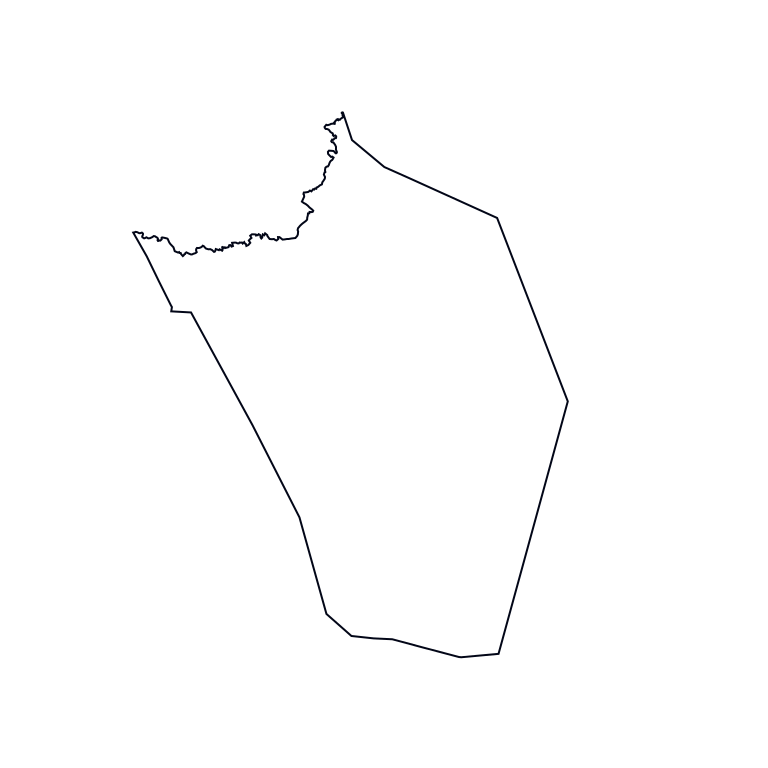 San Miguel Tenango, Oaxaca, Mexico, rotated 139°
{"feature_id": "50627088B60096120896365", "entity_name": "San Miguel Tenango", "entity_type": "district", "adm_level": 2, "iso_a3": "MEX", "parent_name": "Mexico", "parent_adm1": "Oaxaca", "projection": "natural_earth1", "projection_center": [-95.556, 16.228], "detail": "fine", "context": "isolated", "style": "outline", "palette": "ink", "viewbox_px": 768, "rotation_deg": 139, "n_neighbors": 0, "source": "geoboundaries", "source_scale": "gbopen_adm2", "svg_char_len": 3910}
<svg xmlns="http://www.w3.org/2000/svg" viewBox="0 0 768 768"><g transform="rotate(139 384 384)"><path d="M236.9,615.8L237.3,616.4L238.1,616.3L238.3,614.8L238.5,614.3L239.2,613.7L238.9,612.6L240.3,612.2L241.2,612.4L243.1,612.6L244.0,612.4L244.4,613.0L245.4,613.0L245.5,613.5L245.0,613.8L245.0,614.2L246.2,614.6L246.4,614.2L247.9,614.4L250.0,614.0L249.9,613.2L250.6,612.7L251.1,613.3L251.5,613.9L253.4,615.1L254.8,615.4L256.7,616.3L257.5,617.5L259.2,617.2L260.1,617.1L260.6,616.4L260.7,614.8L259.7,613.8L258.9,612.3L258.9,611.0L259.1,609.3L258.3,606.8L258.8,605.8L259.3,605.4L259.3,604.2L257.7,603.6L257.6,602.3L258.1,601.7L259.0,601.1L260.1,601.9L261.3,601.6L262.4,601.7L262.8,602.5L264.5,601.9L264.7,600.8L264.2,600.0L263.7,599.6L264.0,596.5L264.6,594.5L266.5,592.4L266.9,591.3L267.4,589.9L268.5,589.4L269.1,589.8L269.2,590.8L269.1,591.8L269.2,592.9L270.4,594.2L272.4,596.2L274.0,596.0L275.2,594.4L275.2,592.7L275.0,590.0L273.9,589.6L273.5,588.0L274.7,587.5L276.1,587.1L277.7,587.3L278.8,587.1L280.2,586.5L282.1,585.4L283.6,585.0L284.1,585.4L284.9,585.7L286.3,585.7L288.3,584.1L289.2,582.4L289.4,582.4L290.0,582.7L292.0,581.5L292.7,578.9L294.0,577.8L296.8,577.0L298.2,576.7L299.9,575.4L302.1,576.0L304.3,576.0L306.0,576.5L307.0,575.8L307.8,576.8L309.2,576.6L309.6,577.5L312.4,577.0L313.0,578.6L315.0,578.6L316.3,579.3L316.9,579.7L318.0,580.4L318.9,581.1L320.2,580.2L320.3,579.2L321.4,577.7L326.3,575.5L325.8,573.2L325.0,571.2L324.5,568.6L324.4,566.1L323.8,562.9L323.7,561.2L324.8,560.7L325.7,561.1L327.3,562.7L328.4,561.8L328.9,562.2L329.5,562.6L330.9,561.2L332.7,560.0L334.2,558.5L336.1,558.3L338.7,558.5L340.2,558.6L341.8,558.6L343.7,558.5L345.2,558.2L346.6,558.0L348.2,556.9L348.7,555.5L350.9,553.4L352.3,552.7L355.1,552.3L358.3,554.5L360.7,555.9L362.4,557.3L363.8,558.1L365.8,559.5L366.5,563.4L367.6,564.4L368.7,562.8L370.9,562.8L371.5,563.8L372.0,565.7L373.6,566.8L375.2,568.5L375.1,570.0L374.9,572.2L374.4,573.0L374.9,575.7L376.7,574.8L377.3,576.4L379.9,574.4L381.1,574.3L381.0,575.5L379.7,577.5L380.3,579.3L381.7,579.1L382.1,579.9L383.1,580.0L382.8,581.1L384.1,582.4L385.5,583.6L387.7,583.7L388.2,581.2L390.2,581.2L391.9,581.0L392.3,578.3L395.2,577.9L397.3,578.5L396.4,580.3L396.8,581.3L396.4,582.8L398.5,582.7L398.4,584.0L399.4,584.6L400.1,585.5L401.4,585.4L402.4,586.4L402.9,587.7L403.8,588.6L406.0,590.2L407.5,587.2L408.9,587.7L408.8,589.6L409.7,590.3L411.6,589.3L414.7,590.8L414.5,591.6L415.6,591.9L415.8,593.2L416.4,593.4L417.8,591.1L418.7,590.8L419.7,593.5L420.8,593.3L421.5,594.6L422.4,596.2L423.8,595.3L424.8,594.9L425.6,595.2L425.9,598.0L426.7,599.8L428.1,600.8L429.5,603.0L429.6,604.6L429.6,606.3L430.1,607.3L431.2,607.1L432.7,607.3L434.2,607.9L435.1,608.6L435.9,609.4L437.3,609.0L438.4,607.8L438.8,606.4L440.2,606.4L441.0,606.7L442.3,607.3L443.8,607.7L444.7,608.4L445.7,610.4L446.3,611.8L446.8,613.0L448.0,613.1L448.8,612.6L449.7,612.9L450.7,612.5L451.9,612.5L451.9,615.2L451.5,616.2L452.3,617.0L452.1,618.0L453.2,618.3L454.8,621.5L453.2,625.3L453.4,629.8L453.2,631.7L452.6,633.7L452.1,635.2L452.1,635.8L452.5,636.5L454.0,638.6L455.3,640.2L456.1,640.2L456.8,639.1L457.8,639.0L458.8,639.0L459.5,639.9L460.2,639.9L460.7,640.2L460.5,641.2L459.7,641.4L459.2,642.2L459.1,643.1L459.5,644.2L459.9,645.7L460.7,646.7L462.7,646.9L465.0,647.6L466.4,648.6L466.8,649.8L467.1,650.6L468.2,650.8L469.1,651.1L469.5,651.3L469.8,652.4L470.1,653.2L469.6,654.1L468.6,654.5L467.8,655.0L467.3,655.5L467.2,656.2L467.4,657.1L467.9,657.3L468.9,657.7L469.8,658.4L470.1,659.1L470.5,660.2L471.0,661.0L471.8,661.9L472.3,661.9L473.9,662.8L479.3,636.0L486.4,609.6L491.4,590.2L493.2,583.2L493.6,581.2L496.9,578.4L482.7,564.6L510.3,439.0L535.3,338.8L542.9,322.8L578.3,248.2L573.9,215.2L558.7,198.8L545.2,185.9L528.3,160.8L506.5,128.7L505.6,127.8L505.5,127.7L505.1,127.2L474.6,105.2L387.0,163.5L256.7,250.3L189.7,435.1L230.0,523.0L241.4,547.5L248.1,589.1L236.9,615.8Z" fill="none" stroke="#020617" stroke-width="2"/></g></svg>